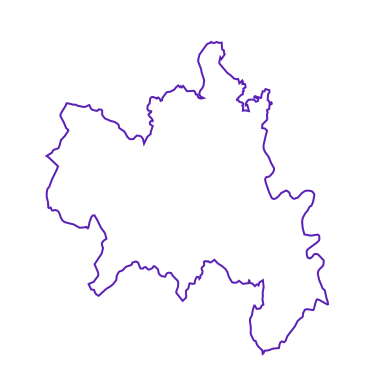 the district of Thai Nguyen, Thái Nguyên, Vietnam, rotated 7°
{"feature_id": "81297802B43105107768719", "entity_name": "Thai Nguyen", "entity_type": "district", "adm_level": 2, "iso_a3": "VNM", "parent_name": "Vietnam", "parent_adm1": "Thái Nguyên", "projection": "equal_earth", "projection_center": [105.819, 21.567], "detail": "fine", "context": "isolated", "style": "outline", "palette": "violet", "viewbox_px": 384, "rotation_deg": 7, "n_neighbors": 0, "source": "geoboundaries", "source_scale": "gbopen_adm2", "svg_char_len": 5982}
<svg xmlns="http://www.w3.org/2000/svg" viewBox="0 0 384 384"><g transform="rotate(7 192 192)"><path d="M43.3,174.0L45.6,175.2L55.9,182.8L55.0,186.5L51.6,196.2L49.7,204.3L48.3,206.3L48.1,207.0L47.9,210.3L48.4,214.6L50.5,220.2L50.6,221.9L51.2,222.9L51.0,224.3L51.6,225.2L52.7,225.3L53.6,224.7L55.3,227.4L56.6,227.3L58.2,226.5L60.2,226.8L61.7,227.6L63.0,229.5L65.3,234.0L67.1,236.2L68.2,236.8L70.2,237.6L78.5,238.6L84.8,241.2L90.1,240.1L91.3,239.5L92.6,240.7L93.1,240.7L93.5,239.9L94.1,233.6L95.3,228.8L96.3,227.5L98.0,227.0L101.1,231.0L106.2,238.8L109.8,242.5L111.1,244.6L112.8,248.9L110.3,251.0L108.8,253.6L109.1,255.8L110.5,258.3L109.9,264.0L104.1,275.6L108.5,283.1L109.1,285.3L109.1,286.5L105.3,293.2L100.6,295.9L103.7,301.0L106.7,301.1L107.9,303.5L109.3,305.2L112.0,306.4L118.8,298.5L122.9,295.3L125.0,292.9L127.3,289.2L127.6,288.3L127.5,284.4L128.8,280.9L129.5,279.9L132.7,278.2L135.5,274.3L140.6,271.9L141.1,271.2L141.4,269.4L144.4,267.9L146.0,268.1L147.2,268.8L149.8,273.6L150.4,274.2L152.5,274.0L153.7,272.7L155.0,272.1L158.1,274.3L159.4,274.1L161.9,272.4L162.9,270.4L163.4,270.2L164.5,270.6L167.7,273.0L168.6,276.0L169.5,277.4L170.8,278.6L172.3,279.2L175.6,279.4L176.7,276.3L177.7,275.3L178.6,274.9L181.2,275.0L182.9,277.3L188.7,282.0L189.4,283.7L189.7,287.7L188.5,292.5L188.8,294.1L196.0,301.2L198.9,297.7L199.0,296.1L198.2,292.6L198.1,290.6L200.1,288.2L200.6,283.2L201.2,282.8L203.5,283.2L205.7,282.5L206.0,278.8L207.1,275.7L208.5,275.6L209.4,276.2L209.9,277.3L210.5,276.3L210.7,275.6L210.6,273.7L212.0,272.2L212.1,269.2L210.8,267.0L210.8,266.4L211.1,265.6L213.0,263.3L212.4,259.8L214.0,258.8L215.1,259.3L216.4,258.7L217.7,259.6L218.6,259.7L219.3,259.5L222.6,256.6L226.4,259.8L230.9,261.9L234.6,264.4L236.8,267.0L239.1,272.0L242.7,276.6L243.3,276.9L246.6,276.7L247.5,276.3L249.5,274.4L253.6,276.9L259.0,275.7L259.5,272.8L259.9,273.1L260.5,275.2L263.1,275.5L265.9,277.8L267.4,275.9L268.0,275.7L269.4,276.6L269.9,273.5L273.1,270.9L274.7,277.5L274.4,283.3L275.0,286.7L275.0,290.0L276.6,295.1L275.0,296.3L274.1,299.0L273.2,299.6L270.4,300.1L268.2,297.1L267.6,297.1L266.7,302.1L266.5,307.1L265.1,310.7L265.2,312.9L267.0,319.9L267.3,324.1L267.8,326.2L271.2,331.4L271.9,332.0L273.3,332.1L275.1,335.6L277.1,337.7L281.0,340.6L281.9,344.0L282.8,343.0L283.3,340.7L287.0,339.9L291.2,337.7L297.4,336.2L297.4,333.0L298.0,330.6L299.5,329.3L301.5,329.9L303.0,328.5L304.2,323.5L310.5,312.8L312.5,307.3L314.9,304.4L316.6,303.0L317.1,302.2L317.1,298.6L318.3,295.2L320.2,294.3L326.8,294.4L327.3,292.9L328.0,287.3L328.9,283.7L329.4,283.2L331.7,283.7L339.4,286.9L340.3,287.1L340.7,286.8L340.1,284.4L338.3,280.7L335.9,273.6L333.3,271.6L329.0,263.9L327.1,258.8L326.8,257.3L327.1,254.7L328.5,252.4L330.9,249.4L331.3,247.6L331.2,244.4L330.8,243.6L325.1,238.9L323.9,238.4L322.1,238.4L320.8,239.0L319.2,241.7L317.6,243.4L315.5,243.3L314.8,242.9L313.8,241.0L313.1,237.6L313.2,236.0L314.4,234.3L322.1,227.0L323.9,224.8L324.2,223.7L323.7,220.3L323.0,219.4L321.7,219.0L316.2,220.6L313.9,220.8L308.7,220.4L306.2,214.1L304.9,207.9L305.1,204.0L306.9,199.6L309.0,196.4L310.2,193.0L310.9,191.9L312.2,191.1L313.4,186.9L313.8,180.5L313.5,179.0L311.1,176.7L307.6,176.4L305.5,176.7L303.8,177.4L301.0,179.9L297.8,184.6L294.3,186.3L293.1,186.1L291.8,185.3L289.7,183.3L288.8,181.0L288.1,180.3L285.4,179.0L280.7,182.1L278.1,186.1L275.5,188.5L273.7,189.0L272.0,188.3L269.0,183.6L267.2,180.1L264.2,174.0L263.1,171.0L263.2,169.5L263.8,168.3L266.4,167.4L267.6,166.4L269.7,163.3L270.7,160.6L270.6,158.9L270.2,157.9L267.1,153.8L264.0,148.1L259.4,143.1L257.8,140.1L257.3,137.0L258.3,126.8L259.1,122.0L256.8,120.2L253.7,119.9L253.7,116.2L257.6,111.4L257.7,109.4L256.9,106.1L257.4,104.0L256.4,101.6L256.6,101.2L258.2,100.5L258.5,100.0L258.3,96.2L260.2,95.1L260.3,94.4L260.3,93.8L259.8,93.3L258.1,94.3L257.3,92.4L255.9,91.5L255.6,86.0L256.7,83.4L256.4,81.5L252.4,80.9L251.6,83.3L249.9,83.4L249.7,85.3L249.2,86.6L249.2,89.9L248.9,90.3L242.7,89.2L242.2,90.3L246.4,91.3L246.6,93.3L245.1,94.3L244.5,94.6L242.0,92.7L237.0,93.5L235.5,95.5L234.8,97.2L234.6,99.1L234.8,99.6L236.3,98.8L238.7,104.8L234.9,104.5L232.5,105.1L232.5,101.8L231.4,100.1L232.0,99.4L232.1,98.1L231.4,97.3L228.0,96.7L227.0,95.4L225.7,95.5L225.3,95.1L225.4,94.4L228.3,90.5L229.2,89.5L230.4,89.0L230.6,87.9L230.1,86.3L231.1,85.4L230.4,84.1L230.4,83.1L232.4,81.6L231.7,78.7L231.2,78.4L228.8,78.6L228.6,77.5L229.2,76.6L228.3,75.2L225.8,78.3L224.0,74.2L222.4,74.6L220.0,74.3L215.9,71.3L212.6,69.5L204.0,61.6L203.5,60.8L203.2,59.5L203.7,54.9L205.0,56.5L207.7,51.3L206.9,50.0L206.3,47.5L205.0,47.2L204.2,45.6L203.3,40.2L200.3,40.7L198.4,40.0L195.7,41.5L193.7,41.3L192.6,40.7L191.9,41.7L188.9,43.3L182.7,54.6L182.1,59.3L182.3,61.9L185.9,68.6L187.2,72.6L190.5,79.7L190.5,84.8L189.6,87.5L188.0,90.2L187.4,92.1L187.3,93.5L187.5,94.3L188.9,96.2L192.0,97.3L189.6,98.2L187.7,97.9L186.3,96.9L185.7,95.0L184.5,94.3L184.0,94.6L182.7,92.3L181.6,91.3L174.8,92.6L170.3,87.8L169.1,89.4L168.1,88.4L167.2,89.4L165.4,87.9L163.5,89.9L161.9,92.6L158.2,95.1L155.0,95.9L154.3,96.7L151.2,102.1L151.1,104.5L150.6,105.0L149.8,105.4L148.4,103.3L147.0,102.3L145.7,103.5L145.3,103.0L143.9,103.0L141.8,102.4L140.3,102.8L139.5,103.6L139.1,104.7L139.2,109.1L137.5,111.8L137.6,115.1L138.6,116.4L141.7,116.8L141.7,117.8L139.6,119.7L139.5,120.7L141.0,122.4L143.3,124.3L144.4,125.9L144.2,126.6L142.6,126.6L142.1,127.2L141.7,128.6L142.0,129.8L145.0,131.3L143.7,137.6L144.0,139.3L141.6,141.9L140.7,143.3L138.5,149.9L136.9,145.3L135.0,143.3L133.4,142.7L130.3,142.7L127.3,146.6L124.6,147.1L123.3,146.8L121.2,145.2L117.4,140.1L112.0,137.4L111.0,134.5L110.2,133.6L106.7,131.9L102.3,131.3L96.6,129.6L93.5,126.5L92.9,122.3L92.1,121.4L89.6,121.3L87.8,123.1L83.4,122.7L81.7,121.7L79.4,118.2L76.2,120.2L73.9,120.8L67.8,120.3L66.2,119.5L63.5,119.8L59.1,119.2L56.7,119.3L55.9,122.1L52.7,129.1L52.0,131.3L52.1,132.6L56.5,138.9L59.3,143.9L61.6,145.5L61.8,146.1L59.1,151.7L55.6,156.4L55.0,161.4L54.3,164.4L53.3,165.3L50.1,166.7L48.8,168.0L48.3,169.9L43.3,174.0Z" fill="none" stroke="#5b21b6" stroke-width="2"/></g></svg>